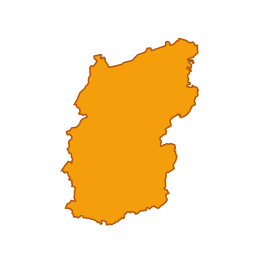 an SVG outline of Penza, rotated 106°
{"feature_id": "RUS-2373", "entity_name": "Penza", "entity_type": "Region", "adm_level": 1, "iso_a3": "RUS", "parent_name": "Russia", "parent_adm1": "", "projection": "mercator", "projection_center": [44.677, 53.167], "detail": "fine", "context": "isolated", "style": "filled", "palette": "amber", "viewbox_px": 256, "rotation_deg": 106, "n_neighbors": 0, "source": "natural_earth", "source_scale": "10m", "svg_char_len": 5768}
<svg xmlns="http://www.w3.org/2000/svg" viewBox="0 0 256 256"><g transform="rotate(106 128 128)"><path d="M28.6,103.9L28.1,103.7L27.8,102.9L27.8,96.0L28.0,95.3L28.7,94.5L28.8,94.2L28.9,91.8L28.6,90.9L27.6,89.7L27.5,89.3L27.8,88.7L28.6,88.0L29.1,87.1L29.9,86.4L30.0,85.5L29.4,84.0L32.4,83.3L36.6,81.6L37.9,82.8L41.9,84.7L42.3,85.1L43.2,87.0L43.7,87.8L45.0,89.2L45.9,89.7L46.1,89.0L45.0,86.0L44.9,84.8L45.2,84.2L46.6,83.1L47.5,82.7L47.7,82.9L47.8,83.2L47.7,83.6L46.7,85.0L46.3,86.0L46.6,86.8L47.5,87.7L48.1,87.5L49.8,84.4L50.2,84.1L53.5,84.1L53.8,84.3L53.8,84.6L52.9,86.1L52.8,86.8L53.3,87.6L54.2,87.9L54.7,87.4L55.2,83.6L55.4,83.0L55.6,82.9L56.7,84.1L58.5,84.1L60.2,84.9L61.6,85.1L62.5,84.8L64.0,83.3L64.5,83.1L66.3,83.3L67.4,83.1L67.6,82.8L67.4,81.3L67.5,80.9L67.7,80.5L68.1,80.4L68.4,80.4L69.0,80.8L70.2,82.5L71.2,82.9L71.6,82.8L71.9,82.5L72.0,82.2L71.5,78.1L71.2,77.5L69.6,77.9L69.4,77.7L69.3,77.3L70.0,75.3L70.2,72.9L70.4,72.5L71.5,71.8L71.8,71.2L72.1,70.9L74.5,71.1L77.2,69.9L77.7,69.8L78.0,69.9L78.8,70.8L79.4,71.3L82.4,71.7L83.6,71.7L84.2,71.2L86.6,69.9L87.5,70.1L88.4,71.7L89.5,72.4L95.8,73.5L99.4,75.5L101.1,77.0L102.3,78.4L103.1,79.5L103.3,80.2L103.3,80.6L102.9,81.1L102.6,81.3L100.6,81.6L100.5,81.9L101.5,82.4L101.8,82.7L101.9,82.9L101.1,83.5L100.9,83.8L101.0,84.2L103.0,85.3L105.6,88.0L107.8,89.1L109.2,89.5L110.1,89.4L113.1,87.5L114.2,87.4L117.3,90.6L118.9,91.7L119.4,91.8L119.7,91.6L120.1,90.6L120.8,90.1L123.1,90.0L123.6,90.2L124.5,91.6L125.2,92.3L126.6,93.1L127.9,94.3L128.8,94.5L130.4,94.1L131.3,92.5L132.2,92.1L134.3,92.3L135.5,92.1L136.3,91.5L136.3,91.1L136.0,90.5L134.7,89.4L134.3,88.9L133.8,87.7L132.8,87.0L132.6,86.6L132.4,86.0L132.3,84.2L132.1,83.8L131.5,83.4L131.3,82.7L131.2,79.8L131.3,78.5L134.5,76.9L136.6,77.3L137.1,77.3L137.3,77.0L137.3,76.3L137.4,75.8L140.0,74.9L141.3,73.5L141.8,73.2L146.6,73.1L148.9,73.9L151.2,74.1L152.2,73.8L154.3,72.4L159.3,76.8L160.3,78.7L161.0,79.0L163.1,78.3L166.2,77.8L166.7,77.9L167.4,78.3L168.7,77.9L169.7,77.1L173.6,75.8L174.3,75.8L175.7,76.5L176.4,76.6L176.7,76.0L176.7,74.9L176.9,73.5L179.6,70.7L181.2,73.0L182.1,73.2L184.0,72.3L185.6,70.9L186.4,70.6L186.9,70.6L188.4,71.1L189.9,72.1L191.8,72.9L192.2,73.2L192.7,74.1L193.4,74.7L195.9,76.0L196.6,76.6L196.8,77.3L196.8,78.8L196.6,79.5L196.0,80.3L195.9,80.6L196.0,81.4L196.6,82.6L197.1,83.3L199.7,84.8L199.8,85.2L199.1,87.0L199.1,87.4L199.3,87.8L199.9,88.2L201.3,87.7L202.0,87.9L203.4,90.7L203.9,92.5L204.5,93.5L207.7,95.3L208.6,97.1L208.4,97.5L207.5,97.9L207.2,98.1L207.1,98.4L207.6,101.6L207.8,102.0L208.6,102.5L208.8,102.9L208.4,104.9L210.6,106.6L212.0,107.2L212.8,107.3L214.6,106.9L215.6,107.0L216.0,107.3L216.2,107.7L216.1,109.3L216.7,109.6L217.7,109.7L218.6,111.1L220.5,111.7L220.7,112.0L221.7,113.9L222.9,114.2L223.4,115.4L224.9,116.3L225.1,116.6L225.4,117.4L225.5,119.8L226.6,120.7L226.9,121.6L226.8,122.0L226.6,122.2L224.7,123.0L224.2,123.4L224.0,124.5L224.0,127.2L224.2,127.8L224.5,128.0L226.3,127.0L226.9,126.8L227.6,127.1L227.9,127.4L227.9,127.8L226.5,129.8L227.1,131.1L227.0,131.5L225.8,133.7L225.6,134.6L225.6,140.6L225.8,142.2L226.3,144.8L226.5,146.1L225.3,147.1L225.1,148.0L225.2,148.6L225.5,149.3L228.0,151.0L228.1,151.8L227.7,153.4L228.5,155.5L227.4,156.3L226.1,156.6L225.7,157.6L225.4,158.2L223.1,158.6L222.4,159.5L221.8,160.8L221.6,161.8L221.8,164.2L222.2,166.0L218.5,165.6L217.4,165.2L216.0,163.5L215.3,163.0L213.7,162.8L213.4,162.7L213.2,162.4L213.1,161.9L213.3,159.7L213.1,159.1L212.7,158.5L212.3,158.3L212.0,158.3L211.0,159.7L210.5,160.1L209.3,160.7L205.5,161.3L204.3,162.0L201.2,161.8L200.0,162.3L199.5,163.2L199.3,164.0L199.5,165.9L197.5,166.0L196.4,166.9L194.5,167.1L194.3,167.3L194.1,167.7L194.0,170.1L193.5,170.7L192.6,169.9L191.7,169.9L191.4,170.1L190.7,171.7L190.4,172.0L189.2,172.6L187.5,173.9L187.1,174.4L187.0,174.8L187.1,175.1L188.3,175.9L188.6,176.5L188.6,176.9L188.5,177.2L187.3,178.2L187.2,178.5L187.3,180.1L180.0,177.7L178.1,176.7L176.9,176.5L176.5,175.8L176.6,174.5L177.2,172.7L177.1,172.3L176.5,172.3L175.3,172.9L173.5,172.6L172.9,172.9L171.5,174.4L169.4,174.8L168.7,175.2L168.4,175.8L168.4,177.5L168.2,177.9L167.8,178.2L166.5,178.8L165.6,180.1L164.8,180.6L162.9,179.5L161.6,179.3L158.9,180.8L157.3,181.2L156.1,180.8L154.4,179.5L153.6,179.1L152.8,179.2L151.4,180.1L151.2,180.3L151.0,181.3L150.0,182.2L150.2,182.7L151.2,184.0L151.1,184.5L150.7,185.0L149.6,185.7L148.4,185.9L147.7,185.2L146.7,183.5L146.1,183.0L143.4,182.1L143.0,181.5L142.6,180.0L141.8,178.3L140.9,177.3L139.9,176.9L138.3,175.9L134.0,175.3L132.6,174.7L131.5,173.7L130.4,172.1L128.5,170.3L126.7,171.9L126.6,172.4L127.7,174.0L128.0,174.7L128.1,175.3L127.4,176.5L127.6,177.1L128.0,177.8L128.2,178.4L128.1,178.8L127.9,179.1L127.2,179.2L126.2,178.7L125.4,178.7L123.3,179.5L122.7,180.4L122.1,182.4L121.6,183.2L119.9,184.2L119.8,184.5L120.2,185.3L120.3,186.2L114.9,184.7L107.8,184.0L104.2,182.1L102.0,180.5L99.6,180.2L96.7,178.5L95.6,178.4L91.4,179.6L86.8,178.8L86.2,179.0L85.1,180.0L84.5,180.2L81.6,180.7L81.4,181.0L81.0,181.1L79.5,181.1L78.5,180.7L78.1,178.4L77.5,178.0L76.5,177.5L72.9,176.4L72.2,176.4L71.3,177.5L70.7,179.2L70.1,179.9L68.2,180.4L65.4,175.1L65.0,173.7L67.7,173.5L68.6,173.3L68.9,172.9L69.0,172.7L68.9,172.5L67.7,171.8L67.0,171.2L66.7,170.4L66.7,169.8L70.6,167.8L72.6,165.1L73.1,164.6L74.4,164.0L74.7,163.7L74.7,163.0L73.6,160.4L68.9,152.1L68.3,151.4L66.5,150.1L65.6,149.0L62.7,143.8L61.7,142.5L61.1,142.0L58.7,140.9L55.6,139.2L54.6,138.4L51.6,134.0L49.8,132.2L47.8,131.6L46.3,131.7L44.9,128.6L45.3,127.8L46.0,127.6L46.6,127.1L46.9,126.5L46.7,125.8L45.1,123.9L39.9,116.4L38.5,114.7L37.7,114.6L37.0,115.0L35.4,115.2L34.9,115.1L34.3,114.6L34.0,113.2L34.3,112.1L34.7,111.5L36.6,110.4L36.8,110.1L36.7,109.8L34.9,107.4L33.8,106.6L31.1,105.2L30.7,104.9L30.5,103.9L30.3,103.6L28.6,103.9Z" fill="#f59e0b" stroke="#b45309" stroke-width="1.5"/></g></svg>